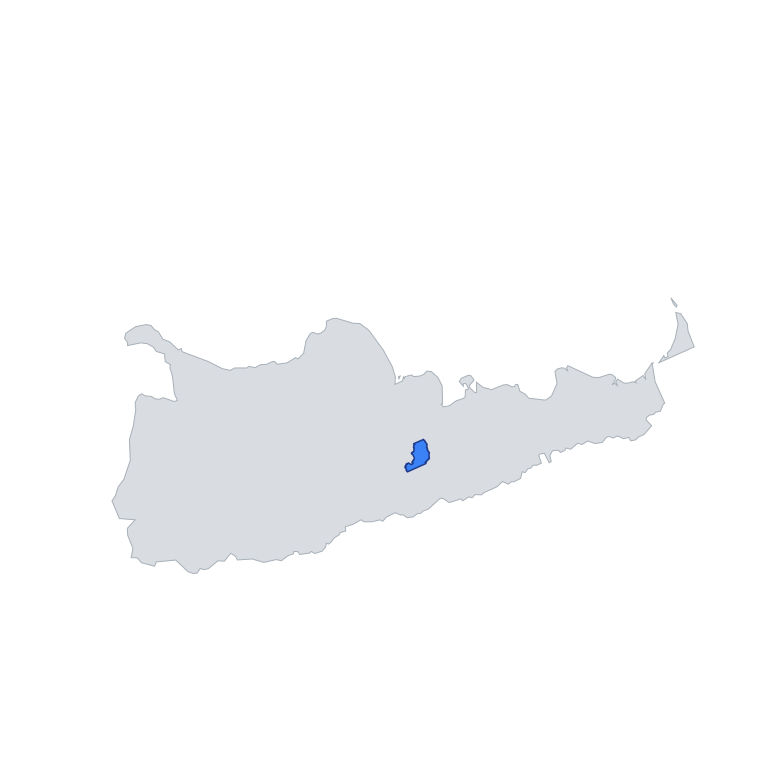 location of General Roca, Río Negro, Argentina, rotated 246°
{"feature_id": "61730980B10000603471831", "entity_name": "General Roca", "entity_type": "district", "adm_level": 2, "iso_a3": "ARG", "parent_name": "Argentina", "parent_adm1": "Río Negro", "projection": "albers", "projection_center": [-67.633, -38.378], "detail": "fine", "context": "in_parent", "style": "filled", "palette": "blue", "viewbox_px": 768, "rotation_deg": 246, "n_neighbors": 0, "source": "geoboundaries", "source_scale": "gbopen_adm2", "svg_char_len": 7570}
<svg xmlns="http://www.w3.org/2000/svg" viewBox="0 0 768 768"><g transform="rotate(246 384 384)"><path d="M464.0,242.3L459.0,249.1L459.4,254.1L454.4,265.3L455.1,267.7L451.4,272.9L451.9,278.9L449.8,284.5L449.8,291.8L448.3,293.8L445.6,294.2L442.7,304.0L444.1,314.0L441.9,315.6L444.8,323.1L455.3,330.4L460.2,337.3L460.1,340.0L456.7,343.6L456.1,346.8L457.2,351.5L459.7,354.6L464.8,356.9L464.7,363.3L463.4,367.3L452.0,380.5L449.1,386.5L439.3,392.0L415.0,397.2L396.5,398.6L386.0,397.3L379.2,393.9L379.3,402.1L382.6,404.7L380.8,404.7L382.2,406.3L381.0,412.9L378.7,414.1L376.8,419.5L376.6,424.4L378.4,428.4L376.1,432.3L368.1,435.9L358.8,436.4L342.0,429.4L342.7,428.4L341.8,427.9L338.9,429.1L337.6,434.6L339.3,443.2L338.5,450.6L339.4,453.0L345.5,456.0L344.9,459.0L347.0,459.4L351.3,458.8L352.0,456.5L349.7,455.5L355.7,453.8L357.8,457.0L357.7,464.6L356.6,466.6L351.9,467.8L350.6,467.4L348.2,461.9L346.0,460.8L339.3,463.4L338.5,465.1L348.0,469.2L340.8,473.0L335.1,479.9L334.6,492.9L333.2,496.5L329.4,499.7L328.6,502.2L329.9,503.7L329.3,506.1L322.1,505.2L316.9,509.1L312.2,510.4L303.6,524.9L304.8,532.0L314.1,542.3L325.8,545.2L327.2,548.6L326.6,552.7L325.2,555.1L320.9,557.3L324.5,557.3L326.0,559.4L305.2,577.5L302.5,582.8L301.3,593.9L299.8,596.1L295.6,598.3L292.8,596.0L290.6,592.0L290.7,595.3L286.8,596.6L291.5,596.6L293.6,599.3L287.4,603.4L285.6,607.0L284.9,612.0L282.6,615.0L284.4,614.4L286.3,624.2L281.5,625.0L287.4,626.5L294.3,637.6L293.7,638.5L293.5,637.3L275.8,632.6L252.2,632.7L252.3,631.2L246.7,625.4L247.7,621.1L246.6,617.5L247.6,614.1L246.7,610.1L244.6,608.8L237.0,611.6L232.1,600.9L232.1,594.9L230.6,591.2L231.7,586.3L235.7,585.8L236.6,580.6L241.5,576.3L241.4,571.4L244.4,568.4L245.0,565.9L241.9,559.7L243.7,552.6L249.0,547.0L248.2,540.3L251.1,536.9L248.5,528.1L251.5,524.2L249.8,522.2L249.7,517.4L252.7,516.1L254.5,510.8L251.2,506.4L245.2,505.3L244.8,502.9L255.4,502.3L256.6,498.5L255.8,496.3L247.7,495.6L247.6,490.5L249.2,487.2L247.5,484.1L248.0,481.1L245.7,476.7L247.7,474.6L242.2,470.3L241.8,462.7L243.0,460.8L242.0,456.7L246.7,452.7L244.2,445.6L244.1,431.6L243.1,428.0L245.9,422.1L244.2,418.4L246.4,415.4L245.2,408.4L247.7,407.7L249.2,395.3L255.5,391.4L256.7,388.9L251.7,373.6L252.0,367.7L250.9,365.1L252.0,361.6L250.7,356.7L252.5,350.7L256.9,348.1L257.3,346.1L261.9,341.9L261.4,332.0L259.1,327.0L261.5,325.1L262.9,317.4L266.3,309.4L269.3,307.9L268.4,298.8L269.4,290.6L265.2,289.2L266.1,283.4L264.6,282.0L263.6,275.9L260.7,270.5L260.4,268.1L262.0,266.5L258.8,264.4L256.5,259.5L256.9,254.9L257.3,251.8L260.6,249.4L259.9,247.2L262.5,237.7L265.9,237.1L267.6,233.7L265.7,232.0L266.1,226.3L264.3,218.3L267.4,214.2L269.9,201.6L277.7,192.5L282.9,178.5L287.2,178.2L291.7,175.1L287.1,166.1L290.0,160.3L286.7,148.3L287.7,143.8L290.3,141.1L287.3,136.6L288.2,132.9L292.5,128.5L307.9,122.1L314.1,103.6L310.8,100.4L319.4,89.7L325.5,87.9L328.2,82.4L336.0,87.8L349.8,88.3L356.5,90.7L361.1,101.5L368.7,87.6L387.8,87.9L391.3,93.3L398.2,99.4L402.8,107.7L417.5,121.2L436.7,128.8L448.0,138.2L461.4,146.7L468.1,149.0L472.9,154.6L473.7,158.4L470.3,161.0L467.4,166.3L463.4,169.0L461.5,172.5L461.2,176.9L453.2,185.3L453.1,188.6L460.4,188.6L477.5,194.0L485.9,195.0L488.5,196.8L493.5,193.2L500.7,195.8L506.4,189.2L511.4,188.4L517.2,184.1L520.6,178.3L523.4,165.4L526.2,166.7L531.3,165.6L535.4,168.8L537.4,180.4L535.0,190.9L532.3,194.9L526.7,196.5L523.5,199.1L514.9,200.2L509.7,205.3L498.7,210.0L498.9,213.3L495.6,212.7L475.9,232.7L464.0,242.3ZM291.7,682.5L291.6,643.8L296.2,651.3L293.9,650.9L293.3,654.5L297.1,655.3L298.9,659.8L307.0,668.4L318.9,676.9L330.7,679.7L327.4,683.8L315.7,685.6L308.8,683.3L291.7,682.5ZM335.4,682.4L339.0,681.0L346.0,681.1L336.7,683.8L335.4,682.4ZM384.9,400.4L384.7,402.1L382.3,399.4L384.9,400.4Z" fill="#d9dde1" stroke="#a8b0b8" stroke-width="1"/><path d="M310.8,384.0L310.7,383.9L310.6,383.7L310.4,383.5L310.1,383.6L310.1,383.4L310.2,383.1L310.1,382.9L310.0,382.7L310.1,382.4L310.0,382.2L309.8,382.1L309.9,381.8L309.6,381.8L309.5,381.7L309.5,381.3L309.7,381.1L309.6,380.9L309.4,380.9L308.5,381.0L308.3,381.1L307.9,381.4L307.7,381.5L307.3,381.6L307.1,381.7L306.1,381.6L304.7,381.7L304.4,381.7L303.7,381.4L302.8,380.7L302.7,380.4L302.5,380.0L302.5,379.8L302.4,379.5L302.4,379.4L302.2,379.3L301.9,379.4L301.9,379.2L301.7,378.8L301.7,378.7L301.8,378.7L301.7,378.5L301.8,378.4L301.7,378.5L301.6,378.4L301.4,378.3L301.5,378.3L301.5,378.2L301.4,378.0L301.2,378.2L300.9,378.1L300.6,378.2L300.6,378.3L300.5,378.1L300.4,378.2L300.2,378.0L300.0,377.9L299.8,378.0L299.8,377.9L299.7,377.7L299.5,377.3L299.4,377.3L299.4,377.2L299.3,376.9L299.2,376.7L299.3,376.6L299.5,376.3L299.5,376.2L299.7,375.9L299.8,375.8L299.8,375.7L300.0,375.6L300.3,375.3L300.5,375.2L300.8,375.1L301.0,375.0L301.1,374.9L301.2,374.7L301.3,374.7L301.6,374.4L301.8,374.3L301.8,374.2L301.8,373.9L301.7,373.8L301.7,373.7L301.8,373.6L301.9,373.4L301.8,373.2L301.7,373.1L301.5,372.9L301.6,372.7L301.4,372.5L301.5,372.4L301.4,372.4L301.4,372.2L301.2,371.9L301.3,371.8L301.3,371.7L301.2,371.6L301.3,371.5L301.2,371.4L301.1,371.2L301.1,370.8L301.0,370.7L300.9,370.6L300.8,370.4L300.7,370.4L300.4,370.3L300.3,370.2L300.1,370.0L300.0,369.9L300.0,370.0L299.8,369.9L299.7,369.8L299.6,370.0L299.5,369.9L299.5,370.0L299.4,369.9L299.4,370.0L299.3,369.9L299.2,369.9L299.1,370.0L299.0,369.9L298.9,369.9L298.7,369.7L298.3,369.7L298.1,369.8L297.9,369.7L297.7,369.6L297.4,369.6L297.1,369.5L296.8,369.7L296.7,369.6L296.5,369.4L296.4,369.5L296.2,369.5L296.0,369.4L295.9,369.5L295.8,369.4L295.6,369.3L295.4,369.3L295.2,369.3L294.9,369.4L294.7,369.4L294.3,369.4L294.2,369.2L294.3,389.5L294.4,389.8L294.6,389.9L294.7,390.1L294.9,390.0L295.1,390.1L295.2,390.3L295.3,390.2L295.3,390.3L295.5,390.4L295.5,390.6L295.8,390.7L296.0,390.8L296.1,390.7L296.2,390.8L296.2,391.0L296.2,391.3L296.3,391.5L296.2,391.6L296.3,391.7L296.3,391.8L296.3,392.0L296.6,392.1L296.5,392.3L296.6,392.5L296.6,392.8L296.7,393.0L296.8,393.0L296.8,393.3L297.0,393.5L296.9,393.6L297.0,393.8L297.1,393.7L297.2,393.8L297.2,394.0L297.3,394.0L297.3,394.3L297.6,394.5L297.8,394.7L297.8,394.8L297.9,395.0L297.7,395.0L297.9,395.2L297.9,395.3L298.1,395.3L298.4,395.3L298.6,395.5L298.8,395.6L299.1,395.6L299.3,395.6L299.5,395.7L299.6,395.8L299.8,395.9L300.0,396.0L300.5,396.1L300.9,396.2L300.9,396.3L301.0,396.4L301.2,396.5L301.3,396.5L301.5,396.6L301.9,396.8L302.0,396.9L302.1,397.0L302.4,397.2L302.7,397.2L302.8,397.4L302.9,397.5L303.2,397.4L303.3,397.5L303.6,397.4L303.9,397.3L304.2,397.0L304.4,397.0L304.5,397.0L304.7,396.8L304.8,396.9L305.0,397.0L305.2,396.9L305.3,397.0L305.5,396.9L305.7,397.0L305.9,396.9L306.0,396.8L306.4,397.1L306.5,397.0L306.8,397.2L307.0,397.1L307.3,397.3L307.5,397.4L307.9,397.2L308.1,397.3L308.2,397.2L308.3,397.3L308.4,397.5L308.6,397.5L308.8,397.5L309.0,397.5L309.1,397.3L309.4,397.5L309.5,397.7L309.8,397.7L309.9,397.8L309.8,398.0L310.1,398.2L310.3,398.3L310.5,398.4L310.7,398.5L311.1,398.5L311.7,398.6L311.8,398.7L311.9,398.8L312.2,398.7L312.3,398.7L312.5,398.5L312.8,398.4L313.0,398.4L313.3,398.3L313.6,398.3L313.9,398.4L314.2,398.4L314.2,398.1L314.4,398.0L314.5,398.0L314.8,398.0L315.2,398.1L315.5,398.0L315.8,398.0L316.0,398.1L316.2,397.8L316.5,397.7L316.8,397.4L317.1,397.4L317.3,397.4L317.4,387.0L317.3,386.9L317.2,387.0L316.8,386.8L316.5,386.8L316.4,386.9L316.4,386.7L315.9,386.6L315.9,386.4L315.7,386.3L315.5,386.0L315.4,385.9L315.0,386.0L314.7,385.8L314.4,385.8L314.2,385.6L313.9,385.6L313.8,385.2L313.5,385.3L313.4,385.3L313.2,385.3L312.9,385.2L312.7,385.2L312.6,385.3L312.4,385.2L312.2,385.0L312.2,384.8L311.9,384.7L311.5,384.6L311.3,384.4L311.1,384.3L310.8,384.0Z" fill="#3b82f6" stroke="#1e3a8a" stroke-width="1.5"/></g></svg>